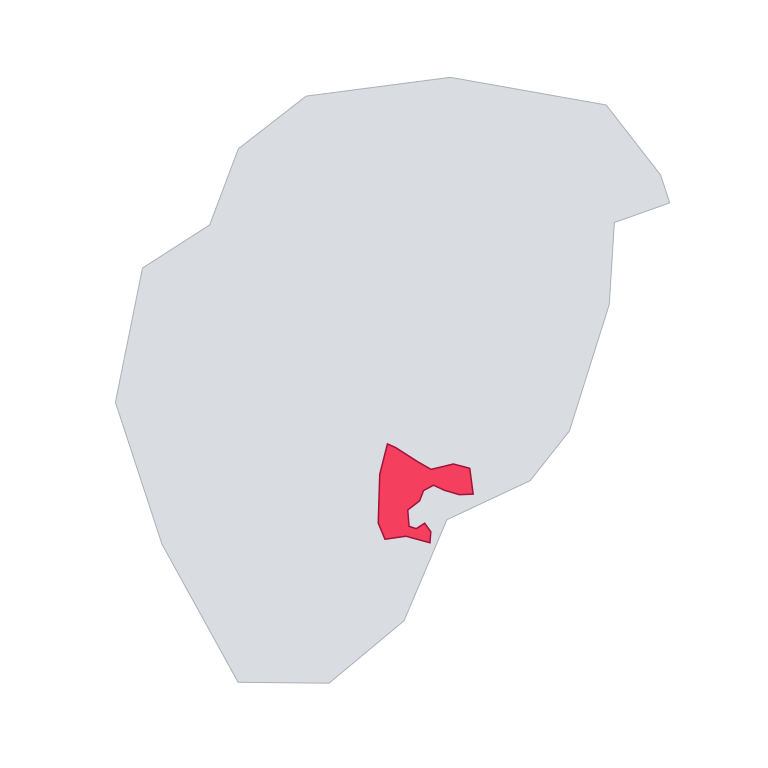 Port Louis highlighted on a map of Mauritius, rotated 186°
{"feature_id": "MUS-5189", "entity_name": "Port Louis", "entity_type": "City", "adm_level": 1, "iso_a3": "MUS", "parent_name": "Mauritius", "parent_adm1": "", "projection": "orthographic", "projection_center": [57.509, -20.162], "detail": "fine", "context": "in_parent", "style": "filled", "palette": "rose", "viewbox_px": 768, "rotation_deg": 186, "n_neighbors": 0, "source": "natural_earth", "source_scale": "10m", "svg_char_len": 735}
<svg xmlns="http://www.w3.org/2000/svg" viewBox="0 0 768 768"><g transform="rotate(186 384 384)"><path d="M491.5,662.2L350.2,695.9L192.2,684.7L130.7,620.7L118.8,594.0L171.8,568.7L168.3,486.6L194.7,356.7L228.5,303.2L307.3,255.6L339.3,150.7L407.4,80.7L497.9,72.1L588.1,201.6L649.2,337.8L636.3,474.1L574.0,524.0L553.4,602.7L491.5,662.2Z" fill="#d9dde1" stroke="#a8b0b8" stroke-width="1"/><path d="M289.9,309.1L283.8,283.8L297.5,281.8L312.7,284.6L324.2,288.5L333.5,282.2L336.4,271.5L347.2,261.2L344.2,245.1L336.8,243.5L329.0,249.8L322.0,241.9L321.7,230.9L346.4,234.9L366.8,229.7L375.2,245.1L378.8,293.8L374.3,324.8L365.6,321.9L342.7,310.4L328.3,304.0L306.7,311.7L289.9,309.1Z" fill="#f43f5e" stroke="#9f1239" stroke-width="1.5"/></g></svg>